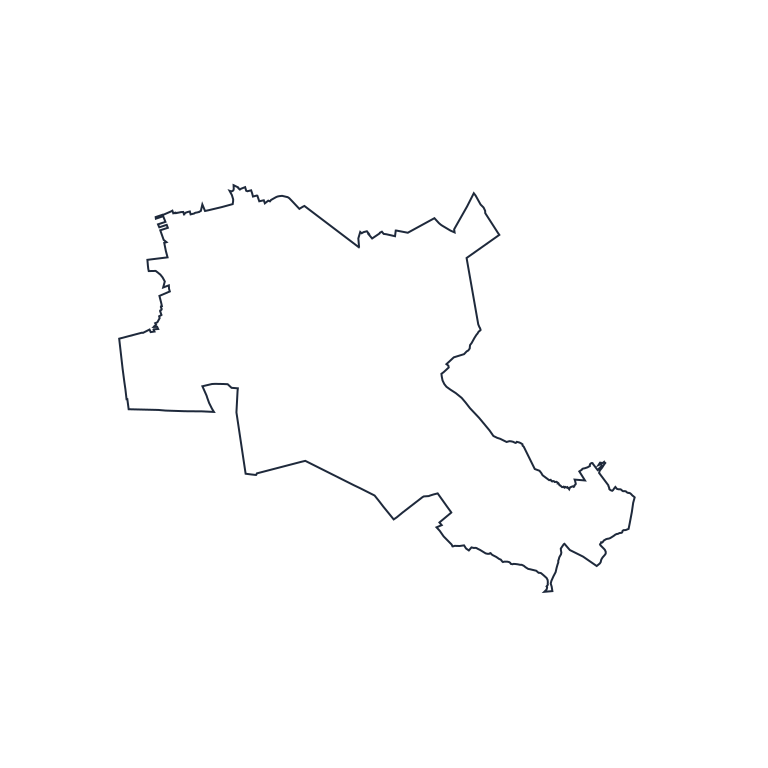 outline of Tolcayuca, Hidalgo, Mexico, rotated 135°
{"feature_id": "50627088B94352894601909", "entity_name": "Tolcayuca", "entity_type": "district", "adm_level": 2, "iso_a3": "MEX", "parent_name": "Mexico", "parent_adm1": "Hidalgo", "projection": "robinson", "projection_center": [-98.927, 19.964], "detail": "fine", "context": "isolated", "style": "outline", "palette": "slate", "viewbox_px": 768, "rotation_deg": 135, "n_neighbors": 0, "source": "geoboundaries", "source_scale": "gbopen_adm2", "svg_char_len": 6130}
<svg xmlns="http://www.w3.org/2000/svg" viewBox="0 0 768 768"><g transform="rotate(135 384 384)"><path d="M420.8,660.2L427.4,663.5L428.4,662.2L421.5,658.8L423.9,653.2L430.9,656.7L432.1,653.7L425.1,650.2L426.4,647.3L433.5,650.9L437.9,641.7L437.5,638.1L439.6,639.2L444.2,632.3L447.5,626.6L463.5,639.1L467.3,634.6L469.2,632.2L470.5,630.2L465.5,625.4L465.2,623.3L464.8,619.4L465.2,615.9L466.5,611.5L471.9,608.4L466.4,605.9L468.7,603.3L470.0,600.9L480.5,605.1L484.0,599.2L486.0,596.1L486.6,596.6L487.3,596.3L487.8,595.3L487.9,594.9L488.1,594.3L488.6,593.9L489.5,594.0L489.7,593.9L490.1,594.1L490.3,594.2L490.7,594.0L491.9,591.5L492.2,591.0L492.5,590.2L493.2,590.3L495.1,590.9L496.1,589.2L500.6,587.9L502.8,588.8L503.3,587.0L506.0,587.3L506.1,587.1L506.4,587.1L504.0,584.8L504.8,582.6L508.2,585.5L508.4,585.5L509.2,583.4L512.3,585.7L511.3,588.3L518.3,590.6L518.8,591.4L539.2,603.3L557.9,579.8L566.2,569.0L570.6,563.1L576.8,555.3L576.2,554.8L582.4,546.7L561.9,525.2L557.1,519.5L543.9,505.4L531.9,493.2L524.0,484.5L523.1,488.2L521.1,494.2L518.7,499.3L517.7,501.2L514.0,510.8L505.6,505.6L503.3,503.5L497.7,497.7L494.7,494.4L494.5,489.1L490.4,484.3L492.5,482.6L508.4,468.3L545.3,418.4L541.9,414.0L539.1,410.5L538.6,410.1L537.1,410.7L497.4,387.4L494.0,385.3L476.8,333.5L474.6,327.3L469.5,311.8L470.4,303.8L471.2,297.8L472.4,286.1L472.9,281.4L469.2,280.7L461.9,280.0L436.9,276.8L435.4,276.4L431.6,273.1L430.4,272.6L427.3,271.0L423.4,268.7L426.1,252.8L427.2,245.8L427.3,245.5L442.7,246.9L443.0,243.4L448.2,245.5L448.4,240.8L449.6,234.1L449.7,223.0L449.8,222.3L450.4,220.8L450.2,220.5L448.5,219.6L445.1,216.0L441.5,213.3L442.3,209.6L441.7,206.3L437.7,206.6L436.4,204.5L435.1,203.4L434.5,202.4L434.4,201.6L433.4,198.7L431.9,192.4L431.0,190.9L429.8,189.6L428.4,189.3L428.2,188.7L428.4,187.5L428.1,186.0L426.9,182.3L426.3,178.9L425.6,177.2L425.9,174.9L425.8,174.0L424.7,173.4L422.4,171.1L421.5,169.7L421.2,168.4L421.5,167.1L420.6,165.7L419.5,165.1L418.3,163.7L416.9,161.9L415.6,159.9L414.5,158.8L413.7,156.6L413.5,154.4L412.8,151.3L411.7,149.7L408.4,144.3L408.2,141.2L407.4,140.4L406.7,139.2L406.4,135.8L406.2,131.8L406.9,129.7L408.3,128.0L409.3,127.2L410.1,126.2L412.2,125.9L412.3,125.0L413.6,124.1L414.5,123.7L417.6,123.7L411.4,118.5L408.7,122.2L407.2,125.0L404.9,126.4L400.2,128.2L395.7,129.6L391.7,132.1L388.8,133.7L386.9,134.6L385.8,135.8L384.3,136.5L382.6,137.5L379.3,138.4L377.8,139.4L376.4,141.4L375.4,142.6L370.2,143.6L369.4,143.4L370.0,135.2L365.3,121.2L362.3,104.9L358.3,104.5L356.8,104.8L354.5,106.2L353.3,106.5L352.1,106.8L348.7,107.0L347.2,107.3L345.9,108.5L345.1,110.5L345.0,111.9L345.0,116.9L344.6,117.9L343.5,118.0L342.3,118.5L341.9,117.7L340.7,117.6L339.3,117.9L336.6,117.2L335.2,116.4L334.5,115.8L333.0,115.1L329.1,114.2L326.9,113.9L325.3,113.3L324.7,112.7L322.9,112.1L322.3,111.7L321.7,111.1L320.8,110.7L320.0,110.9L319.0,111.5L317.9,111.2L317.0,110.3L316.1,109.7L313.5,108.6L308.7,111.8L299.3,118.2L291.8,123.8L286.9,126.6L287.0,128.3L287.2,129.5L287.1,131.1L287.2,132.6L287.8,133.9L288.3,134.2L288.7,135.1L288.9,135.9L288.8,136.7L289.4,137.9L290.3,138.7L290.8,139.3L291.0,140.2L291.0,141.6L291.5,142.7L292.3,143.3L293.3,144.8L293.5,145.5L293.3,146.3L293.2,147.6L295.1,147.4L297.2,147.0L298.1,147.1L298.5,147.8L298.9,148.9L299.0,149.9L298.9,150.6L298.4,151.0L297.8,152.2L297.5,153.1L297.0,153.7L294.8,169.0L292.8,170.2L289.1,170.6L285.0,171.5L283.4,171.7L283.4,172.3L283.8,173.0L283.6,173.3L285.0,173.5L286.2,174.1L286.2,174.8L286.8,175.6L289.7,175.0L286.8,173.9L288.0,172.2L293.8,172.1L292.7,180.1L292.5,180.6L292.9,181.2L294.0,181.6L294.9,181.6L295.7,181.2L296.5,180.4L297.6,180.8L298.9,181.1L301.7,182.5L303.0,183.4L303.7,183.7L304.9,183.5L306.2,183.8L307.7,184.1L310.1,173.7L316.8,181.6L317.6,180.0L319.0,177.8L319.4,177.6L321.0,177.6L322.0,177.0L322.6,177.1L322.7,178.0L322.9,178.2L325.4,179.3L326.3,179.1L327.5,178.6L327.2,180.4L327.5,180.6L327.3,181.5L328.2,181.8L328.5,182.9L329.4,183.0L329.2,183.7L329.5,184.3L330.1,184.2L330.4,184.7L331.0,185.2L331.1,187.7L331.5,188.2L330.9,190.2L331.5,190.8L330.9,191.2L331.2,192.9L332.6,194.0L332.6,195.2L333.3,196.0L333.9,196.1L334.2,196.7L333.9,198.4L335.2,199.2L336.4,207.3L335.7,210.0L335.4,212.7L337.5,217.3L329.5,240.9L329.6,242.4L328.7,243.5L329.2,245.7L329.7,247.0L331.0,249.2L331.8,249.1L332.5,249.2L333.0,250.1L333.6,251.9L334.8,253.8L335.9,255.0L338.3,256.3L340.6,263.1L342.0,265.8L343.4,269.9L342.2,276.6L340.7,292.8L340.3,306.2L339.4,313.3L338.9,319.3L339.7,326.9L341.0,332.9L341.8,337.9L341.4,341.3L340.1,345.1L337.9,348.4L336.2,350.6L333.5,350.2L326.6,349.9L325.5,351.5L325.8,353.9L315.8,353.5L306.3,348.5L302.4,348.6L300.7,348.1L298.3,348.5L296.4,350.1L295.5,350.7L293.1,351.0L287.2,352.7L283.5,353.5L282.4,353.5L280.1,354.1L279.7,354.1L279.2,353.9L277.5,353.9L277.2,354.4L276.6,355.6L276.3,356.8L275.2,359.5L236.5,414.7L197.0,407.9L196.6,410.2L191.6,433.2L190.0,435.0L188.8,438.4L188.8,442.6L186.0,452.4L185.6,455.4L199.7,450.8L225.0,443.8L226.9,441.3L228.5,445.4L230.9,454.9L231.2,456.5L231.4,458.9L231.1,465.6L259.4,473.9L260.2,474.1L266.7,483.7L267.2,484.2L271.7,480.7L276.5,488.3L278.1,490.4L277.8,493.2L280.0,493.9L280.7,493.6L289.5,495.3L289.0,501.0L288.5,500.8L288.1,504.1L291.0,505.8L293.2,506.4L293.3,508.3L299.2,505.1L304.7,498.6L305.1,498.5L314.4,566.2L316.2,566.8L320.0,567.7L319.7,577.3L319.6,582.3L320.0,584.3L320.3,584.7L323.0,589.1L325.4,591.0L326.8,591.9L328.3,592.5L333.7,594.0L335.5,593.8L336.2,595.5L340.5,596.0L339.1,598.9L343.0,601.4L340.4,606.7L340.7,607.2L344.1,609.2L342.5,611.9L341.0,614.9L344.3,616.9L344.8,618.1L343.0,621.4L347.1,623.2L348.4,623.4L348.5,624.4L348.5,625.6L348.1,625.9L348.1,626.1L349.8,630.9L352.3,628.2L353.2,627.6L354.3,627.5L355.4,627.9L356.1,628.8L356.6,629.8L358.0,625.1L360.1,621.2L361.6,619.8L363.8,618.2L373.6,623.8L385.6,631.2L388.2,632.9L385.5,639.4L391.1,635.9L393.0,636.5L393.1,636.4L395.1,637.6L396.0,638.3L396.9,638.7L397.7,638.8L399.0,639.6L400.8,640.7L399.3,643.3L401.3,644.5L403.2,645.4L405.3,645.4L406.0,644.5L404.3,647.6L406.0,649.1L409.8,651.6L409.7,651.7L410.9,652.6L410.7,652.9L412.3,653.7L411.1,656.2L412.5,656.6L420.9,659.9L420.8,660.2Z" fill="none" stroke="#1e293b" stroke-width="2"/></g></svg>